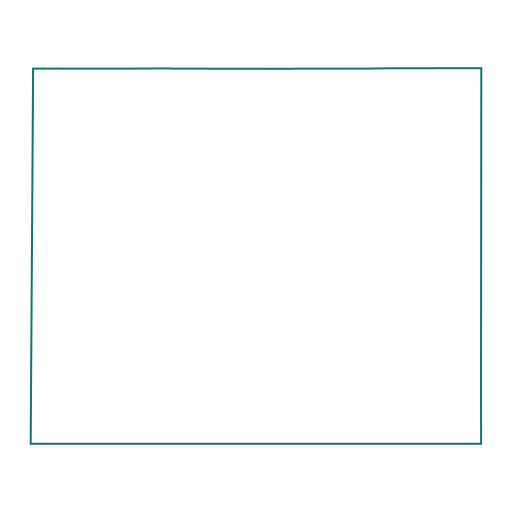 Howard, Iowa, United States of America
{"feature_id": "52423323B7267106537917", "entity_name": "Howard", "entity_type": "district", "adm_level": 2, "iso_a3": "USA", "parent_name": "United States of America", "parent_adm1": "Iowa", "projection": "albers", "projection_center": [-92.295, 43.357], "detail": "fine", "context": "isolated", "style": "outline", "palette": "teal", "viewbox_px": 512, "rotation_deg": 0, "n_neighbors": 0, "source": "geoboundaries", "source_scale": "gbopen_adm2", "svg_char_len": 337}
<svg xmlns="http://www.w3.org/2000/svg" viewBox="0 0 512 512"><path d="M30.7,443.8L481.1,443.8L481.0,388.1L481.3,68.2L481.1,68.2L471.7,68.2L458.5,68.2L387.5,68.3L368.6,68.6L294.1,68.7L292.6,68.8L207.5,68.7L189.2,68.6L172.3,68.6L169.7,68.4L131.7,68.6L117.0,68.7L33.1,68.6L30.7,443.8Z" fill="none" stroke="#0f766e" stroke-width="2"/></svg>